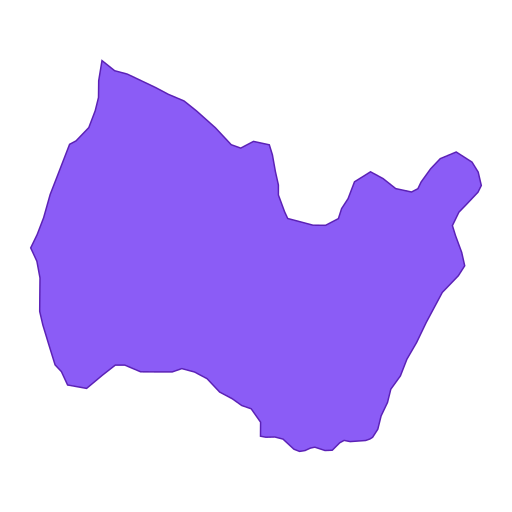 Phyonggang, Kangwŏn-do, North Korea
{"feature_id": "82179303B58088097152813", "entity_name": "Phyonggang", "entity_type": "district", "adm_level": 2, "iso_a3": "PRK", "parent_name": "North Korea", "parent_adm1": "Kangwŏn-do", "projection": "mercator", "projection_center": [127.257, 38.47], "detail": "fine", "context": "isolated", "style": "filled", "palette": "violet", "viewbox_px": 512, "rotation_deg": 0, "n_neighbors": 0, "source": "geoboundaries", "source_scale": "gbopen_adm2", "svg_char_len": 1495}
<svg xmlns="http://www.w3.org/2000/svg" viewBox="0 0 512 512"><path d="M260.5,436.2L263.7,436.8L265.8,437.2L274.9,437.0L283.0,439.1L293.9,449.2L298.0,450.8L299.5,451.4L302.9,450.9L305.2,450.5L306.2,450.0L310.4,448.1L313.2,447.5L314.9,447.2L325.0,450.5L330.4,450.3L332.3,450.2L337.6,444.9L339.7,442.8L344.1,440.4L350.2,441.6L358.5,441.0L365.6,440.5L369.9,439.0L372.6,437.3L377.8,429.2L381.1,415.9L387.5,402.5L390.8,389.2L400.4,375.9L406.9,359.2L416.6,342.5L426.2,322.5L442.3,292.4L458.3,275.8L464.7,265.8L461.7,252.4L455.5,235.6L452.4,225.6L458.9,212.2L465.3,205.6L478.0,192.2L481.3,185.5L478.2,172.1L472.0,162.1L456.2,152.0L440.3,158.6L430.7,168.7L421.1,182.0L417.9,188.7L411.5,192.0L395.7,188.6L383.1,178.6L370.5,171.8L354.5,181.8L348.1,198.6L341.6,208.6L338.4,218.6L325.6,225.3L313.0,225.2L300.3,221.8L287.7,218.5L284.6,211.8L278.4,195.0L278.4,185.0L275.4,171.6L272.4,154.8L269.3,144.8L253.5,141.4L240.7,148.1L231.2,144.7L215.5,127.9L196.7,111.1L184.1,101.0L168.3,94.3L155.7,87.6L127.3,74.1L114.6,70.7L102.0,60.6L98.7,80.7L98.5,97.5L95.2,110.8L88.8,127.6L76.0,140.9L69.6,144.3L56.7,177.7L50.2,194.4L43.6,217.8L37.2,234.5L30.7,247.9L32.9,252.6L36.9,261.3L40.0,278.0L39.8,298.1L39.7,311.4L42.8,324.8L48.9,344.9L55.1,364.9L61.4,371.6L67.6,385.0L86.6,388.4L102.5,375.1L115.3,365.1L124.8,365.1L140.6,371.8L156.4,371.9L172.3,371.9L181.8,368.6L194.5,372.0L207.1,378.7L219.7,392.1L232.3,398.8L241.7,405.5L251.2,408.8L260.6,422.2L260.5,436.2Z" fill="#8b5cf6" stroke="#5b21b6" stroke-width="1.5"/></svg>